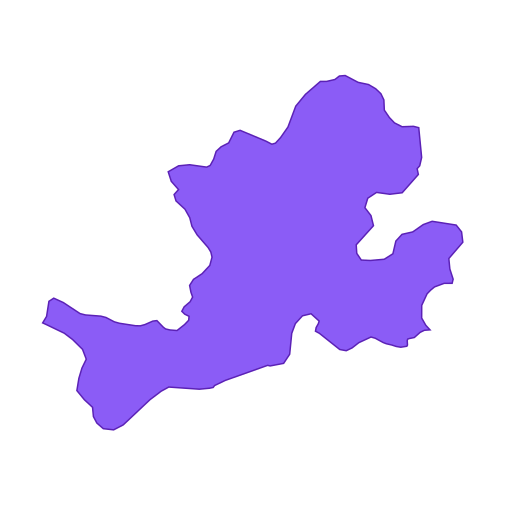 the border of Balé, rotated 97°
{"feature_id": "BFA-2803", "entity_name": "Balé", "entity_type": "Province", "adm_level": 1, "iso_a3": "BFA", "parent_name": "Burkina Faso", "parent_adm1": "", "projection": "equal_earth", "projection_center": [-3.038, 11.667], "detail": "fine", "context": "isolated", "style": "filled", "palette": "violet", "viewbox_px": 512, "rotation_deg": 97, "n_neighbors": 0, "source": "natural_earth", "source_scale": "10m", "svg_char_len": 2196}
<svg xmlns="http://www.w3.org/2000/svg" viewBox="0 0 512 512"><g transform="rotate(97 256 256)"><path d="M308.1,74.3L309.2,79.8L311.8,83.8L317.6,88.9L319.3,93.9L320.0,95.3L321.5,95.6L325.9,94.8L327.2,95.3L328.9,101.2L328.7,105.8L327.8,110.4L327.2,116.0L326.4,119.2L323.1,127.6L322.4,132.0L329.5,143.4L335.5,149.4L339.0,154.9L338.6,161.5L325.0,183.7L323.4,187.8L319.7,187.6L315.6,185.9L312.9,185.4L306.6,194.3L309.7,202.6L318.3,208.7L328.4,211.1L349.4,210.6L359.2,215.5L363.4,228.6L363.1,231.1L383.2,271.3L389.6,281.3L391.7,282.5L392.9,286.0L395.1,296.0L396.7,326.6L401.7,333.6L411.5,343.7L439.8,367.2L445.9,376.1L446.0,386.5L441.2,393.6L435.2,397.8L426.1,399.8L419.6,408.8L411.4,417.4L399.0,416.9L388.5,415.1L379.1,411.9L369.8,416.8L361.3,427.8L356.0,436.9L349.8,455.2L348.4,459.6L341.5,456.5L326.2,456.0L322.5,451.6L325.7,441.5L329.4,434.1L334.6,423.6L335.3,418.0L334.6,402.7L335.3,397.4L338.6,388.6L339.4,383.4L339.9,367.1L339.4,362.3L337.6,357.9L333.2,350.5L332.2,346.5L338.0,339.3L339.4,336.9L339.9,332.4L339.6,325.3L332.8,318.6L328.0,315.0L324.0,315.1L322.4,319.7L319.9,322.9L315.2,321.1L309.4,315.8L304.5,313.9L299.8,316.2L293.3,318.3L286.8,315.2L280.2,307.4L271.0,300.7L262.5,299.5L257.6,301.3L253.5,304.5L242.2,317.0L234.3,323.2L226.1,326.4L218.2,332.2L211.1,342.1L205.0,344.8L199.5,341.0L192.2,349.2L183.1,353.4L175.9,343.8L173.5,333.0L173.8,315.8L171.7,312.5L165.0,309.8L157.0,308.3L151.8,303.9L147.1,296.9L135.8,292.9L133.2,287.1L140.8,260.1L143.1,253.9L141.6,250.4L135.4,246.0L124.1,240.0L102.4,234.8L89.5,226.6L74.9,213.4L74.1,207.2L71.2,199.2L67.2,195.2L66.0,189.5L71.2,175.8L72.1,165.2L75.4,157.6L79.7,151.8L85.5,148.1L95.6,146.4L102.3,140.5L107.0,134.8L109.9,126.7L108.1,115.5L108.8,110.1L138.0,103.6L146.5,104.5L149.7,106.7L155.3,104.8L175.4,118.6L178.4,130.7L178.2,144.1L185.0,152.1L194.8,153.8L201.9,146.8L211.6,143.1L232.7,157.9L241.1,156.3L247.2,151.0L246.5,141.9L243.6,128.3L237.1,120.4L224.1,119.0L216.7,113.7L213.0,103.4L204.4,93.8L200.1,85.4L200.9,61.1L207.0,54.9L217.1,52.4L235.0,64.3L245.3,62.0L255.0,57.5L259.2,58.0L260.2,65.9L264.9,75.0L268.6,78.5L272.7,81.6L284.8,85.5L297.4,84.0L304.1,79.0L308.1,74.3Z" fill="#8b5cf6" stroke="#5b21b6" stroke-width="1.5"/></g></svg>